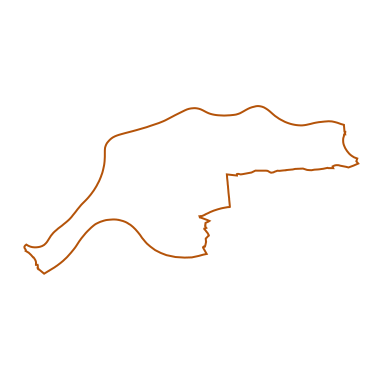 the district of Maasdriel, Gelderland, Netherlands, rotated 183°
{"feature_id": "6326949B49943230563567", "entity_name": "Maasdriel", "entity_type": "district", "adm_level": 2, "iso_a3": "NLD", "parent_name": "Netherlands", "parent_adm1": "Gelderland", "projection": "robinson", "projection_center": [5.28, 51.786], "detail": "fine", "context": "isolated", "style": "outline", "palette": "amber", "viewbox_px": 384, "rotation_deg": 183, "n_neighbors": 0, "source": "geoboundaries", "source_scale": "gbopen_adm2", "svg_char_len": 5757}
<svg xmlns="http://www.w3.org/2000/svg" viewBox="0 0 384 384"><g transform="rotate(183 192 192)"><path d="M72.0,267.7L73.6,267.3L77.5,266.1L81.5,265.0L83.4,264.6L85.4,264.3L87.3,264.2L89.3,264.2L91.3,264.3L93.2,264.5L95.2,264.8L97.2,265.2L99.1,265.7L101.1,266.3L103.1,267.0L105.0,267.9L107.0,268.8L109.0,269.8L110.9,271.0L112.9,272.2L114.9,273.7L118.8,276.8L120.8,278.2L122.7,279.3L124.7,280.3L126.7,280.9L128.6,281.2L130.6,281.3L132.6,281.0L134.5,280.4L136.5,279.8L138.5,279.0L140.4,278.0L142.4,276.8L144.4,275.5L146.3,274.3L148.3,273.1L150.2,272.3L152.2,271.6L154.2,271.2L156.1,270.9L158.1,270.6L162.0,270.2L164.0,270.0L167.9,270.0L169.9,270.0L171.8,270.1L173.8,270.3L175.8,270.6L177.7,271.0L179.7,271.6L181.7,272.4L185.6,274.2L187.6,275.0L189.5,275.5L191.5,275.8L193.5,275.9L195.4,275.7L197.4,275.4L199.4,274.9L201.3,274.2L203.3,273.2L209.2,269.9L213.1,267.7L215.1,266.5L221.0,263.0L222.9,261.9L224.9,260.9L228.8,259.1L235.4,256.5L236.7,256.0L240.6,254.4L242.6,253.7L250.4,251.0L254.3,249.7L262.2,247.2L266.1,245.9L268.1,245.2L270.1,244.4L272.0,243.5L274.0,242.3L275.5,241.1L277.0,239.6L278.3,238.0L279.4,236.5L280.2,234.9L280.7,233.4L281.1,231.9L281.2,230.3L281.2,228.8L280.9,222.6L280.9,221.1L280.9,218.0L281.0,216.4L281.1,214.9L281.3,213.4L281.8,210.3L282.1,208.7L282.4,207.2L282.8,205.6L283.3,204.1L283.7,202.6L284.8,199.5L285.4,197.9L286.1,196.4L286.8,194.9L287.5,193.3L288.3,191.8L290.0,188.7L292.0,185.6L293.0,184.1L295.3,181.0L296.6,179.4L297.9,177.9L300.7,174.8L302.0,173.3L304.3,170.2L305.5,168.6L306.5,167.1L307.6,165.5L308.7,164.0L309.8,162.5L310.9,160.9L312.1,159.4L313.5,157.8L315.0,156.3L316.6,154.8L318.4,153.2L320.1,151.6L323.7,148.6L325.3,147.0L326.9,145.5L328.3,144.0L329.5,142.4L330.6,140.9L331.5,139.3L334.1,134.7L335.2,133.2L336.8,131.5L338.8,130.2L340.8,129.4L342.7,128.9L344.7,128.6L346.7,128.5L348.6,128.6L350.6,129.0L352.6,129.7L354.5,130.7L354.7,130.8L355.9,129.7L356.4,128.8L356.5,128.5L356.4,127.6L356.3,127.4L356.0,126.9L355.8,126.6L355.3,126.0L355.2,125.8L354.9,125.3L354.8,124.5L354.9,124.4L352.3,123.0L352.1,123.0L349.4,120.7L347.3,118.5L347.1,118.6L346.8,118.4L346.0,117.4L345.1,116.1L344.8,115.6L344.5,115.0L344.4,114.6L344.2,114.1L344.1,113.7L344.1,113.1L344.0,111.1L343.6,111.1L342.9,111.1L342.4,111.2L342.2,110.8L342.0,108.7L342.0,108.3L342.1,108.2L341.6,107.8L341.5,107.6L341.8,107.2L341.3,106.7L340.7,106.6L335.4,102.7L325.7,109.3L325.1,109.7L324.8,110.0L322.8,111.5L319.6,114.2L318.2,115.5L317.2,116.4L315.4,118.3L314.7,119.0L313.3,120.5L309.7,125.0L307.2,128.4L306.5,129.4L305.8,130.4L304.7,132.2L302.0,136.9L301.2,138.1L300.4,139.4L299.7,140.4L297.7,143.1L296.0,145.4L294.4,147.3L290.8,151.2L289.0,152.9L288.1,153.7L287.3,154.4L286.0,155.3L284.7,156.0L283.8,156.5L282.4,157.2L281.8,157.5L279.7,158.3L278.7,158.7L276.5,159.4L275.5,159.6L274.3,159.8L272.2,160.1L269.8,160.4L268.4,160.5L267.3,160.5L265.9,160.5L265.2,160.4L263.7,160.3L263.6,160.2L262.2,160.0L260.9,159.7L259.4,159.4L258.8,159.2L257.2,158.7L256.2,158.3L255.4,157.9L254.8,157.7L254.1,157.2L253.0,156.6L251.8,156.0L249.1,154.0L246.5,151.7L243.9,149.0L241.6,146.4L239.5,143.6L237.0,140.9L236.3,140.1L234.3,138.1L230.7,135.3L225.7,132.0L220.0,129.5L214.2,127.6L205.1,126.2L196.0,126.1L188.7,126.7L182.0,128.5L177.2,130.1L174.1,130.9L177.9,136.8L178.1,137.4L177.1,138.3L176.4,138.0L176.2,138.2L175.8,140.0L175.6,141.3L175.5,142.0L175.3,143.0L175.5,143.4L175.6,144.8L175.8,145.5L175.8,146.0L175.8,146.3L175.6,146.5L174.8,147.3L174.1,148.2L173.6,148.8L173.2,149.0L172.9,149.4L172.9,149.5L173.2,150.1L173.5,150.6L174.4,152.0L174.7,152.3L175.9,153.6L176.3,154.2L176.6,154.5L176.9,154.8L177.3,155.2L177.5,155.3L177.7,155.5L177.8,156.1L176.1,156.8L175.9,156.9L176.2,157.2L177.1,158.6L177.1,159.0L177.0,160.4L176.9,160.3L176.9,161.5L176.8,161.8L176.7,161.9L176.5,162.0L175.5,162.6L174.8,162.9L173.6,163.6L173.1,164.0L175.2,164.8L180.3,166.4L182.0,166.9L182.8,167.0L183.2,168.1L182.9,168.1L182.6,168.3L182.2,168.4L181.7,168.3L180.7,168.6L179.6,169.1L177.7,170.1L177.6,170.3L174.5,171.9L172.8,172.9L171.7,173.4L169.4,174.5L166.8,175.5L165.5,176.0L163.1,176.8L162.2,177.1L160.4,177.6L158.3,178.1L155.7,178.7L154.2,178.9L153.5,179.0L153.4,179.1L153.6,180.7L154.5,186.6L154.5,187.0L155.5,193.1L155.8,195.4L155.9,196.1L156.2,198.2L156.4,199.9L156.5,200.3L156.8,202.1L156.9,203.2L157.2,205.1L157.6,207.5L158.1,211.4L148.0,210.8L148.1,212.2L147.8,212.3L147.4,212.4L147.2,212.5L146.7,212.5L144.1,212.1L143.0,212.4L142.6,212.4L142.3,212.5L133.5,214.6L133.2,214.8L130.1,216.5L129.9,216.6L129.5,216.7L127.9,216.7L122.8,217.0L119.0,217.2L118.5,217.1L118.3,217.1L117.8,217.1L117.4,217.0L116.9,216.7L115.1,215.8L114.6,215.6L114.3,215.5L114.0,215.4L113.7,215.5L112.0,215.8L111.8,215.9L111.5,216.0L110.5,216.6L110.0,216.8L108.3,217.5L107.9,217.7L107.4,217.7L105.8,217.7L105.1,217.8L101.4,218.4L99.4,218.6L99.3,218.8L92.5,219.8L90.4,220.4L89.7,220.5L82.4,221.2L78.3,220.1L76.6,220.0L73.8,220.0L73.4,220.1L71.0,220.7L67.5,221.1L66.1,221.3L63.1,221.9L62.4,222.0L57.9,223.2L57.7,223.2L57.3,223.0L57.1,223.0L56.2,223.0L52.3,223.2L52.2,223.2L52.9,224.9L51.1,225.9L50.7,226.0L49.7,226.3L48.6,226.4L47.9,226.4L46.8,226.4L45.7,226.1L45.1,226.0L39.4,225.2L37.0,224.7L32.1,226.8L27.5,229.1L29.5,231.3L28.7,234.1L30.0,234.5L31.0,234.8L31.9,235.1L32.8,235.6L33.9,236.2L35.0,236.9L35.7,237.4L36.8,238.3L37.4,238.9L39.3,241.0L40.6,242.8L41.0,243.4L41.4,244.0L42.2,245.6L42.6,246.4L43.2,247.9L43.6,249.6L43.7,250.7L43.8,252.0L43.8,253.1L43.7,253.8L43.6,254.4L43.3,255.3L43.1,257.4L42.0,257.5L42.2,258.3L42.3,258.8L42.3,259.0L42.2,259.0L42.1,259.3L42.1,260.2L42.9,260.3L43.8,267.0L46.9,267.7L50.2,268.7L51.5,269.0L53.4,269.4L55.3,269.7L56.0,269.8L57.1,269.8L58.0,269.8L59.4,269.8L60.8,269.6L63.2,269.3L66.9,268.7L68.9,268.4L72.0,267.7Z" fill="none" stroke="#b45309" stroke-width="2"/></g></svg>